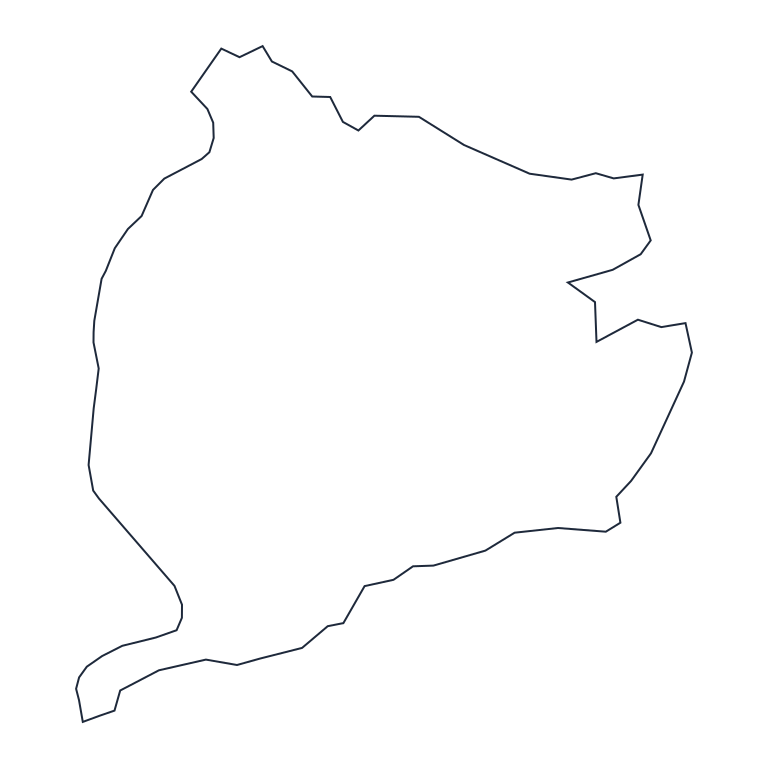 Sherabad, Surkhandarya, Uzbekistan
{"feature_id": "79887680B39986035389422", "entity_name": "Sherabad", "entity_type": "district", "adm_level": 2, "iso_a3": "UZB", "parent_name": "Uzbekistan", "parent_adm1": "Surkhandarya", "projection": "robinson", "projection_center": [66.82, 37.686], "detail": "fine", "context": "isolated", "style": "outline", "palette": "slate", "viewbox_px": 768, "rotation_deg": 0, "n_neighbors": 0, "source": "geoboundaries", "source_scale": "gbopen_adm2", "svg_char_len": 1148}
<svg xmlns="http://www.w3.org/2000/svg" viewBox="0 0 768 768"><path d="M191.2,91.7L207.4,109.0L213.2,122.7L213.7,138.0L209.4,152.2L201.7,159.0L164.3,178.6L153.0,189.9L141.6,216.0L127.9,229.0L114.8,248.2L105.8,270.9L101.6,278.8L94.3,320.8L93.6,332.2L93.5,342.4L98.7,368.5L96.2,389.0L93.7,408.3L88.6,465.0L93.2,490.6L99.0,498.6L174.5,585.9L182.0,604.7L181.9,617.8L176.6,630.2L155.9,637.5L122.3,645.8L102.2,656.0L86.8,666.7L79.1,677.4L76.1,688.8L79.0,700.1L82.8,721.9L100.0,715.6L114.5,710.6L120.2,690.5L158.9,670.3L205.9,659.6L237.0,665.0L259.9,658.6L302.1,647.9L327.7,626.2L343.4,623.1L364.6,586.1L393.5,579.8L413.0,566.3L433.4,565.6L485.4,550.6L514.6,532.7L557.9,528.0L605.8,531.7L620.4,522.7L616.3,496.8L631.1,480.9L651.0,453.3L667.5,417.5L684.0,381.6L691.9,352.6L685.5,323.1L661.3,327.1L637.9,319.7L596.5,341.9L595.0,302.1L567.9,282.5L612.7,269.8L640.7,254.2L650.7,240.4L638.4,204.9L642.7,174.6L613.7,178.4L595.8,173.2L571.6,179.6L529.6,173.7L464.0,145.0L418.9,116.8L374.4,115.7L358.4,130.5L342.9,121.9L330.2,97.0L312.2,96.5L292.2,71.4L271.9,61.5L262.6,46.1L239.5,57.2L221.3,48.6L191.2,91.7Z" fill="none" stroke="#1e293b" stroke-width="2"/></svg>